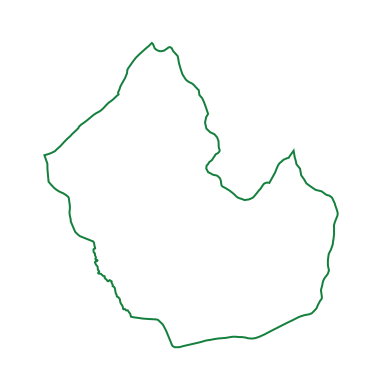 Lao Ngarm, Saravan, Laos, rotated 173°
{"feature_id": "54806243B99533755262624", "entity_name": "Lao Ngarm", "entity_type": "district", "adm_level": 2, "iso_a3": "LAO", "parent_name": "Laos", "parent_adm1": "Saravan", "projection": "natural_earth1", "projection_center": [106.182, 15.455], "detail": "fine", "context": "isolated", "style": "outline", "palette": "green", "viewbox_px": 384, "rotation_deg": 173, "n_neighbors": 0, "source": "geoboundaries", "source_scale": "gbopen_adm2", "svg_char_len": 5784}
<svg xmlns="http://www.w3.org/2000/svg" viewBox="0 0 384 384"><g transform="rotate(173 192 192)"><path d="M174.9,294.8L175.8,296.0L176.9,297.7L178.5,299.5L181.7,301.6L183.2,302.9L184.4,304.3L186.1,307.7L187.2,310.2L188.2,315.0L189.2,321.3L189.5,327.5L189.8,328.9L193.5,334.1L194.2,336.1L194.7,337.3L195.4,338.0L196.6,338.6L197.9,338.2L200.8,336.6L202.6,335.7L204.7,335.5L206.4,335.6L207.8,336.1L209.9,337.4L211.5,339.1L212.4,342.6L213.1,344.2L213.7,344.8L214.5,344.2L216.8,342.4L220.9,339.7L227.2,335.3L231.5,332.0L235.0,328.4L240.3,322.5L241.3,321.1L241.7,319.2L242.0,317.9L244.4,313.5L248.6,307.8L250.2,305.5L251.7,302.3L252.8,300.6L253.3,299.5L253.0,297.8L254.9,296.6L256.6,295.3L259.2,293.4L261.9,291.8L263.8,290.8L265.4,289.6L266.9,288.4L269.8,285.9L272.4,284.1L274.6,283.0L277.0,282.1L279.6,280.9L282.2,279.3L285.6,277.1L288.6,275.2L291.3,273.7L294.0,272.3L296.3,270.5L297.0,269.2L300.6,266.5L303.8,264.2L306.0,262.3L308.9,260.3L311.9,258.0L315.5,254.9L317.1,253.5L321.2,250.7L322.8,249.4L324.7,248.6L329.0,247.3L334.0,246.5L332.1,237.8L332.7,232.2L333.1,219.7L331.1,216.6L329.7,214.7L328.4,212.9L326.0,210.5L324.2,209.0L321.5,207.3L319.8,206.3L317.3,204.2L315.4,202.2L315.0,200.8L315.0,197.5L314.9,194.4L315.1,191.3L316.1,186.5L316.2,184.8L315.9,181.0L315.7,179.0L316.0,177.8L312.9,166.9L311.2,164.6L309.9,163.1L308.6,161.8L296.2,155.0L295.4,153.5L295.4,151.8L295.3,150.4L295.2,149.5L295.0,148.3L295.0,147.9L295.3,147.7L295.5,147.6L296.3,147.4L296.5,147.3L296.6,147.2L296.8,146.8L296.8,146.5L296.9,146.2L296.9,145.7L296.9,145.0L296.9,144.4L296.8,144.0L296.7,143.8L296.5,143.6L296.2,143.4L296.0,143.2L295.9,142.9L295.9,142.7L295.9,142.1L296.0,141.7L296.0,141.4L296.0,141.1L296.0,140.9L295.8,140.4L295.5,139.7L295.4,139.4L295.4,139.2L295.4,138.7L295.6,138.3L296.0,137.4L296.0,137.1L295.9,136.8L295.7,136.7L295.1,136.5L294.8,136.4L294.5,136.2L294.4,136.0L294.3,135.8L294.2,135.5L294.3,135.3L294.4,135.2L294.6,135.1L294.9,135.0L295.2,134.9L296.4,134.7L296.7,134.5L296.8,134.2L296.8,133.7L296.7,133.4L296.5,132.6L296.4,132.2L296.2,131.8L295.9,131.1L295.2,130.2L295.0,129.9L294.9,129.6L294.8,129.4L294.8,129.2L294.8,128.7L294.9,127.1L294.9,126.8L294.8,126.6L294.8,126.3L294.7,126.1L294.6,125.9L294.1,125.2L293.9,124.9L293.9,124.5L293.9,124.2L294.2,123.9L294.8,123.6L294.9,123.4L295.0,123.1L295.0,122.9L294.9,122.6L294.6,122.4L294.3,122.3L293.3,122.2L292.9,122.1L292.7,121.9L292.4,121.8L292.1,121.5L291.8,121.2L291.5,120.8L291.2,120.4L290.9,120.0L290.7,119.8L290.3,119.6L289.3,119.2L289.0,119.0L288.9,118.7L289.1,117.8L289.2,117.4L288.6,116.6L288.3,116.2L288.1,116.0L287.7,115.6L287.3,115.0L286.7,114.0L286.6,113.9L286.3,113.7L286.1,113.6L285.8,113.7L285.5,113.8L285.3,114.0L284.9,114.4L284.6,114.5L284.4,114.5L284.2,114.4L283.8,114.1L283.6,113.9L283.4,113.7L283.1,113.4L282.7,113.1L282.6,112.9L282.7,112.7L282.9,112.4L282.9,111.9L282.8,111.7L282.4,110.5L282.1,110.0L282.0,109.6L282.0,109.2L282.2,108.6L282.3,108.3L282.1,108.1L281.3,107.6L281.0,107.4L280.9,107.1L280.7,106.8L280.5,106.5L280.5,106.2L280.4,105.9L280.2,104.6L280.2,103.8L280.1,102.0L280.1,101.3L280.0,100.9L279.9,100.6L279.9,100.3L279.7,99.9L279.5,99.4L279.4,99.2L279.3,98.5L279.3,98.0L279.2,97.4L279.1,97.2L278.9,97.0L278.6,96.9L278.2,96.7L277.8,96.4L277.7,96.2L277.6,95.9L277.5,95.7L277.1,95.2L276.9,94.9L276.8,94.7L276.7,94.2L276.7,93.4L276.6,92.0L276.6,91.6L276.5,91.2L276.3,90.3L276.0,89.6L275.9,89.4L275.7,88.9L275.1,88.0L275.0,87.7L274.8,86.9L274.8,86.5L274.7,86.1L274.6,84.6L274.6,84.4L274.4,84.1L274.2,84.0L274.1,83.9L273.8,83.9L273.3,84.0L273.1,84.0L272.9,83.9L272.7,83.8L272.5,83.7L272.3,83.3L272.0,82.7L271.7,82.5L271.0,82.5L270.3,82.4L269.9,81.7L269.5,81.0L268.8,79.6L268.4,79.1L268.2,78.4L268.1,78.0L268.0,77.5L267.9,76.5L267.9,76.2L267.7,75.6L264.0,74.4L259.9,73.4L256.4,72.4L251.4,71.4L243.1,69.9L241.3,69.2L237.1,64.1L234.6,57.5L230.3,41.8L228.3,40.1L223.6,39.5L218.7,40.2L202.3,41.9L196.1,42.9L191.7,43.0L187.6,43.3L184.6,43.4L181.1,43.3L176.5,43.1L169.4,43.4L166.7,43.1L163.6,42.4L159.5,41.8L156.3,40.9L154.2,40.0L150.8,39.3L149.7,39.2L147.9,39.2L146.1,39.4L144.4,39.8L142.9,40.1L137.1,41.9L130.6,44.4L119.6,48.4L112.0,51.1L108.3,52.3L100.9,55.0L95.2,56.1L91.0,56.3L88.6,56.8L87.5,57.3L85.3,59.1L82.8,61.1L81.8,62.7L80.9,64.4L78.1,68.4L77.3,69.1L76.7,69.8L76.1,70.8L75.9,71.9L75.9,74.5L76.0,78.1L75.8,79.4L74.2,83.2L73.1,86.8L72.2,88.5L70.7,90.6L68.4,92.9L67.2,94.2L65.6,97.5L65.9,100.6L66.0,102.3L65.8,104.9L65.6,106.6L65.3,108.2L63.9,113.7L62.5,115.9L61.2,117.7L58.7,122.8L58.1,125.5L57.5,127.3L56.7,130.5L56.1,132.8L55.9,135.1L55.4,138.7L55.2,141.5L54.2,144.0L53.0,146.3L50.5,150.9L50.1,152.3L50.0,154.1L50.5,157.1L51.4,161.1L51.7,163.3L53.7,169.3L56.0,171.6L58.8,172.7L60.6,174.3L63.2,176.8L69.1,179.1L73.8,183.2L77.4,186.6L79.2,190.9L81.6,195.3L81.9,201.9L83.3,204.2L84.9,206.7L85.2,210.3L85.8,213.9L86.1,220.6L88.7,217.8L90.3,216.1L91.8,214.2L93.1,214.0L94.2,213.8L95.7,213.3L96.8,213.0L97.6,212.6L98.5,212.0L99.4,211.3L101.6,209.9L102.4,209.0L103.5,207.7L105.3,204.7L106.1,203.1L106.8,201.8L107.9,200.1L108.9,198.8L114.1,191.6L114.8,191.9L116.5,192.2L118.0,192.0L119.4,191.5L120.5,190.5L123.7,186.8L125.6,185.2L128.1,182.7L131.1,179.9L132.1,179.1L134.2,178.3L136.5,177.7L140.8,177.6L142.5,178.5L144.9,179.7L146.8,180.6L148.4,182.0L150.4,184.6L152.1,186.4L154.5,188.8L158.4,191.9L161.0,193.7L161.8,194.7L162.0,196.8L162.0,199.5L162.4,201.6L163.3,203.2L164.8,204.9L166.3,205.7L167.9,206.1L169.6,206.9L171.2,208.2L173.5,209.6L175.0,213.6L174.3,216.4L172.9,217.5L171.3,219.5L168.3,221.3L163.8,226.6L161.6,227.4L160.0,228.7L159.5,229.7L159.5,230.7L159.9,232.3L160.0,233.2L159.5,239.3L160.4,243.2L162.7,246.6L166.8,249.2L170.0,253.2L170.6,259.4L168.8,264.6L166.5,267.5L167.8,274.0L169.2,280.0L170.5,283.9L172.8,287.3L172.9,292.2L174.9,294.8Z" fill="none" stroke="#15803d" stroke-width="2"/></g></svg>